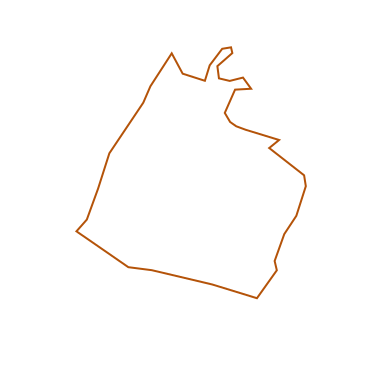 Pulaski, Virginia, United States of America, rotated 324°
{"feature_id": "52423323B50424671887039", "entity_name": "Pulaski", "entity_type": "district", "adm_level": 2, "iso_a3": "USA", "parent_name": "United States of America", "parent_adm1": "Virginia", "projection": "robinson", "projection_center": [-80.648, 37.062], "detail": "fine", "context": "isolated", "style": "outline", "palette": "amber", "viewbox_px": 384, "rotation_deg": 324, "n_neighbors": 0, "source": "geoboundaries", "source_scale": "gbopen_adm2", "svg_char_len": 599}
<svg xmlns="http://www.w3.org/2000/svg" viewBox="0 0 384 384"><g transform="rotate(324 192 192)"><path d="M300.5,143.2L300.5,129.4L287.8,124.3L280.6,115.9L286.5,105.1L306.3,103.3L308.6,97.9L300.6,93.9L280.8,99.9L267.8,109.6L254.0,90.8L257.1,67.9L220.5,82.0L205.1,91.1L147.9,112.1L118.1,134.0L90.7,152.5L75.4,155.9L85.4,184.3L96.3,215.4L113.5,231.6L154.0,278.7L182.1,316.1L214.6,305.2L218.3,296.4L241.9,280.3L262.4,272.6L287.5,254.2L292.5,244.4L280.3,201.8L293.0,201.1L272.0,173.2L266.4,164.8L264.0,157.8L265.0,147.3L287.0,134.5L300.5,143.2Z" fill="none" stroke="#b45309" stroke-width="2"/></g></svg>